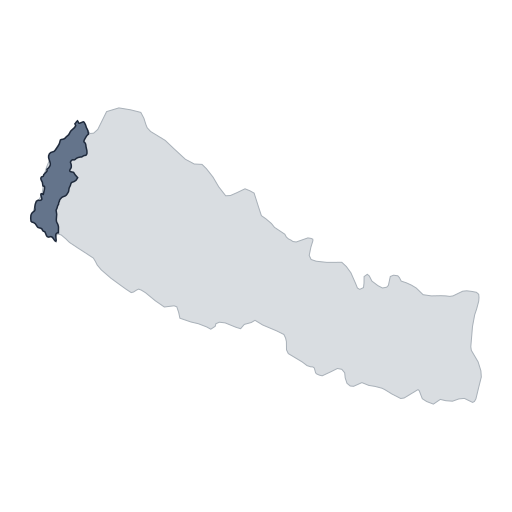 Mahakali highlighted on a map of Nepal
{"feature_id": "NPL-1128", "entity_name": "Mahakali", "entity_type": "Administrative Zone", "adm_level": 1, "iso_a3": "NPL", "parent_name": "Nepal", "parent_adm1": "", "projection": "equal_earth", "projection_center": [80.565, 29.386], "detail": "fine", "context": "in_parent", "style": "filled", "palette": "slate", "viewbox_px": 512, "rotation_deg": 0, "n_neighbors": 0, "source": "natural_earth", "source_scale": "10m", "svg_char_len": 4956}
<svg xmlns="http://www.w3.org/2000/svg" viewBox="0 0 512 512"><path d="M476.4,292.3L478.7,294.3L479.0,297.6L478.7,301.2L476.6,309.1L474.7,314.7L472.5,326.4L470.8,346.7L471.3,350.3L478.1,361.9L480.9,370.9L481.3,377.0L478.7,387.3L475.9,398.9L474.4,401.5L472.6,402.4L464.4,398.4L458.9,398.9L452.5,401.2L445.8,400.7L440.3,399.4L433.4,404.1L426.6,401.5L422.3,398.7L419.2,390.6L418.0,389.6L404.1,398.0L400.7,398.5L391.9,394.0L384.6,389.5L381.9,388.2L375.0,386.4L368.8,385.4L361.9,382.6L353.6,386.3L350.2,386.0L347.0,383.3L345.2,377.9L344.7,372.8L341.8,369.3L337.4,368.5L331.2,371.6L322.2,375.8L319.3,375.1L316.6,373.9L315.6,372.8L314.3,368.0L312.8,366.9L310.7,366.8L307.0,365.6L302.3,362.0L288.3,353.6L286.5,349.8L286.4,341.6L285.6,338.1L283.9,334.5L276.7,330.9L262.7,325.0L255.0,320.3L251.3,322.5L244.3,324.4L240.6,328.7L236.0,327.3L225.2,322.9L219.4,322.2L215.9,323.7L215.2,326.3L210.8,329.2L206.6,326.9L198.3,323.7L191.0,322.0L179.9,318.2L178.7,312.5L176.8,306.8L174.1,305.8L164.3,307.0L155.2,300.7L145.5,292.7L141.3,290.1L138.6,289.1L136.3,290.2L133.6,292.0L131.2,292.6L125.9,289.1L119.1,284.2L110.9,278.2L101.2,269.8L97.2,265.0L95.4,261.4L93.4,258.1L85.0,252.6L78.3,248.3L70.3,243.0L69.0,242.0L65.9,238.9L61.3,235.0L57.5,233.8L56.3,236.0L55.4,238.3L52.0,237.7L46.9,233.7L41.5,229.6L37.3,225.7L32.9,221.7L31.9,218.8L33.7,209.7L36.2,201.9L38.4,200.2L41.9,195.0L43.2,186.0L43.1,178.3L46.5,167.4L51.2,155.8L59.2,143.5L62.7,139.4L66.6,136.6L74.0,127.5L75.6,126.0L78.8,123.6L82.0,123.0L84.4,124.2L86.9,128.9L89.9,133.5L93.6,133.2L97.8,129.4L106.6,111.6L118.9,107.9L130.5,109.8L140.8,112.4L143.9,118.3L145.9,124.6L147.2,127.8L150.6,131.5L165.2,140.4L173.7,148.5L185.4,159.3L194.2,164.0L202.0,164.4L206.4,168.7L213.0,177.1L218.7,186.8L225.7,195.8L230.5,195.5L237.1,192.6L245.0,188.8L249.7,190.7L254.1,193.1L255.6,197.8L258.4,206.6L261.4,215.7L266.0,218.9L271.5,223.6L274.5,227.4L284.8,234.2L286.3,237.0L288.4,238.9L290.9,240.1L292.9,241.5L296.2,242.0L307.9,237.9L311.0,238.4L312.8,239.2L312.9,240.7L310.9,247.1L309.2,255.4L311.1,259.5L316.1,261.2L327.0,262.4L341.8,262.3L346.3,266.5L350.9,272.8L355.6,283.5L357.4,288.0L359.7,289.4L363.5,287.6L364.0,283.2L364.1,276.6L367.3,274.3L369.3,276.0L371.9,281.1L378.0,285.7L382.5,288.0L386.7,287.2L388.4,285.4L390.3,276.5L393.6,275.2L397.8,275.8L399.4,277.6L401.2,281.1L406.3,282.8L411.4,285.1L416.2,288.0L423.1,294.7L431.3,295.9L440.9,295.7L445.9,295.9L449.7,296.4L453.0,295.9L462.7,291.2L466.7,290.8L471.7,291.4L476.4,292.3Z" fill="#d9dde1" stroke="#a8b0b8" stroke-width="1"/><path d="M83.6,121.8L84.2,122.4L84.9,123.6L85.6,125.0L86.3,127.4L87.5,129.8L87.9,130.9L88.5,134.1L87.3,135.1L86.5,136.1L84.9,138.8L84.1,140.4L83.9,141.3L83.9,141.8L84.2,142.1L84.6,142.4L85.0,142.9L85.4,143.5L85.6,144.1L85.8,144.9L86.0,146.6L86.9,150.7L87.0,153.2L86.6,154.4L86.0,155.2L85.3,155.4L84.1,155.6L83.7,155.7L82.0,156.8L81.5,157.0L81.0,157.0L80.5,157.0L80.0,157.1L77.9,157.6L76.3,158.4L75.2,159.4L74.5,159.8L73.8,159.9L72.9,159.7L72.2,159.9L70.8,161.2L70.6,161.6L70.4,162.3L70.6,162.7L70.8,163.4L71.1,164.2L71.3,165.4L71.3,167.1L71.0,167.9L70.7,168.6L70.1,169.3L69.7,170.4L69.8,171.1L70.4,171.6L71.9,172.0L73.1,172.2L73.4,172.3L73.7,172.5L73.8,172.7L75.0,174.6L77.7,177.7L76.0,180.3L74.2,181.5L71.8,182.4L71.0,183.3L70.3,185.7L69.5,187.2L69.1,188.3L68.9,189.3L68.8,190.2L68.5,191.7L67.8,192.9L66.8,194.5L66.1,195.3L65.3,195.9L62.7,196.9L61.7,197.5L60.2,199.2L59.6,200.1L59.4,201.1L59.3,201.6L58.9,202.2L58.7,202.6L58.5,204.5L57.7,205.6L57.4,206.7L57.0,208.2L56.1,210.2L56.7,214.3L56.3,219.8L56.4,220.7L56.5,221.5L56.6,221.9L56.9,222.6L57.7,224.1L58.0,224.9L58.4,226.4L58.5,227.3L58.4,232.6L58.4,232.8L57.5,232.7L56.4,233.5L55.8,234.5L55.7,235.7L56.2,240.4L55.9,241.4L54.8,240.7L52.5,237.4L51.5,236.7L50.4,236.6L49.3,237.0L48.3,237.1L47.2,236.6L46.5,235.7L45.0,232.0L44.6,231.6L43.6,231.3L43.2,231.1L42.7,230.5L42.2,229.3L41.9,228.9L40.9,228.2L39.0,227.8L37.9,227.4L37.2,226.6L35.3,223.7L33.5,222.5L33.1,222.4L32.1,222.2L31.0,221.2L30.7,218.2L30.8,216.8L30.9,215.4L31.3,214.2L32.0,213.0L32.8,212.2L33.7,211.6L34.5,210.9L35.0,209.7L34.8,207.2L35.3,204.0L36.4,201.2L38.1,200.2L39.0,200.4L40.1,200.4L41.2,200.0L41.9,199.1L41.7,197.9L40.8,194.9L41.1,193.8L42.1,193.7L42.7,194.3L43.3,194.4L44.4,189.6L44.6,187.9L44.5,186.5L44.1,186.1L43.6,186.2L43.1,186.1L42.8,185.3L42.4,182.4L41.2,180.0L40.8,178.7L41.1,177.4L41.6,176.9L43.2,176.3L43.6,175.6L43.7,174.7L44.1,174.2L44.6,173.8L45.1,173.1L46.2,172.1L46.7,171.5L47.1,170.8L47.1,170.5L47.0,170.1L46.9,169.6L47.1,169.1L47.4,168.8L48.1,168.4L48.4,168.1L49.6,166.5L50.3,165.0L50.3,163.4L49.8,161.5L49.1,159.5L48.6,157.7L48.6,155.8L49.4,153.8L50.8,152.5L54.1,151.4L55.2,150.3L58.0,146.2L59.3,143.9L60.0,141.3L60.4,140.0L61.3,139.5L63.2,139.2L64.3,138.8L65.0,138.3L66.4,136.7L68.3,135.2L68.9,134.5L70.5,131.4L71.3,130.5L74.6,127.6L75.7,125.7L74.9,123.8L75.7,122.9L76.6,121.6L77.5,120.8L78.1,121.7L78.6,123.0L79.5,123.3L83.2,121.8L83.6,121.8Z" fill="#64748b" stroke="#1e293b" stroke-width="1.5"/></svg>